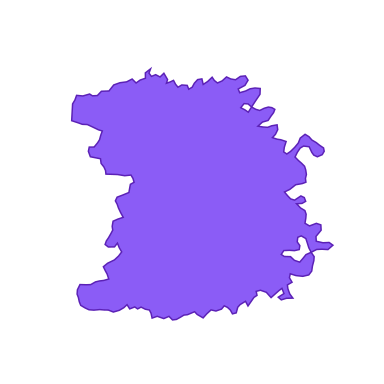 outline of Ajuricaba, Rio Grande do Sul, Brazil, rotated 254°
{"feature_id": "56859067B1227698309076", "entity_name": "Ajuricaba", "entity_type": "district", "adm_level": 2, "iso_a3": "BRA", "parent_name": "Brazil", "parent_adm1": "Rio Grande do Sul", "projection": "robinson", "projection_center": [-53.739, -28.208], "detail": "fine", "context": "isolated", "style": "filled", "palette": "violet", "viewbox_px": 384, "rotation_deg": 254, "n_neighbors": 0, "source": "geoboundaries", "source_scale": "gbopen_adm2", "svg_char_len": 3711}
<svg xmlns="http://www.w3.org/2000/svg" viewBox="0 0 384 384"><g transform="rotate(254 192 192)"><path d="M316.7,107.7L312.7,104.8L309.6,101.5L293.7,96.0L289.7,101.9L287.3,105.2L285.7,110.0L282.4,113.8L277.5,119.3L275.4,122.6L271.8,120.0L267.7,117.5L265.3,114.8L262.2,110.3L263.5,105.6L259.7,103.6L253.9,104.0L251.5,108.7L249.2,113.2L244.5,112.5L240.4,114.2L236.5,114.8L232.9,114.2L231.2,119.5L229.3,125.3L226.2,131.8L225.1,138.0L221.3,139.0L217.3,139.0L216.4,134.9L212.8,133.1L208.9,131.2L208.1,123.9L207.7,118.6L204.6,115.9L200.9,116.7L196.9,116.9L192.0,117.7L186.6,118.9L186.4,113.4L185.7,108.1L181.0,105.8L177.2,105.3L174.4,102.6L171.0,99.1L168.6,96.2L165.5,94.0L162.2,96.4L160.6,102.4L163.4,106.2L158.5,106.7L153.8,107.9L150.7,103.8L148.1,98.7L146.8,91.2L144.6,86.2L140.0,87.0L136.5,87.8L131.3,88.0L131.3,82.9L132.0,78.5L132.2,74.5L130.9,69.1L132.0,64.7L133.9,58.8L129.6,54.9L125.5,53.4L121.9,53.7L117.5,53.4L113.7,53.8L110.0,57.3L107.2,60.5L105.5,65.1L104.4,70.9L102.8,75.1L101.6,79.0L98.3,83.3L98.3,89.5L99.6,94.6L101.6,98.5L96.8,99.9L97.3,105.3L94.6,107.5L95.4,111.3L92.2,114.8L90.3,118.5L86.8,119.2L81.8,118.9L82.1,124.3L78.1,130.0L78.8,135.6L74.4,138.0L73.8,141.9L74.7,145.8L75.9,150.3L75.3,153.9L76.2,161.5L72.9,163.2L67.9,168.0L70.8,172.6L73.4,177.8L71.0,182.2L71.3,188.1L73.7,191.6L71.3,194.3L68.0,196.3L63.7,197.3L63.6,201.2L68.6,204.2L70.5,207.2L72.2,213.3L67.0,214.4L73.6,222.5L74.7,226.0L78.8,226.3L78.7,230.7L75.1,235.8L68.7,238.9L73.2,248.3L74.6,251.9L69.0,252.4L67.1,245.9L63.7,248.1L63.8,253.4L62.2,259.7L67.0,257.9L72.6,257.5L76.4,258.1L77.7,263.3L82.7,262.0L86.3,263.9L83.0,268.9L80.4,275.3L80.1,281.4L83.0,285.3L87.7,287.4L92.4,290.2L96.2,291.6L101.2,289.9L102.4,296.0L101.2,301.1L99.2,306.8L102.0,312.8L105.7,309.9L107.1,303.9L110.4,297.9L115.1,298.9L117.7,302.7L119.7,305.6L124.9,306.8L127.6,302.9L127.0,295.6L130.8,292.0L135.5,294.2L139.2,295.6L143.0,295.4L146.8,291.9L151.9,289.3L150.7,294.6L151.7,298.7L155.7,298.4L158.2,295.6L155.9,288.4L158.2,284.9L162.0,282.9L166.5,280.9L167.6,286.9L170.4,293.7L169.7,300.3L170.0,304.2L173.8,304.8L177.3,306.8L181.9,307.4L185.7,307.3L189.5,305.2L192.9,303.0L197.2,300.7L201.1,304.2L204.4,308.1L205.4,311.9L203.2,317.1L197.0,318.1L193.9,319.2L191.3,322.2L192.0,327.5L194.7,330.3L198.1,330.6L201.8,327.5L205.2,325.1L208.9,321.6L212.9,319.7L216.3,316.6L214.0,310.9L209.8,307.7L206.6,303.0L203.8,297.8L202.4,293.6L205.3,291.2L209.6,293.1L214.6,296.4L217.8,291.7L219.3,288.4L222.1,284.3L224.4,288.1L228.3,291.6L233.1,292.3L233.7,286.8L233.3,282.6L234.9,278.2L237.1,273.5L239.8,279.0L239.8,284.9L242.9,288.5L245.8,292.3L248.6,294.4L251.1,292.0L252.6,288.8L252.6,284.5L251.7,279.6L253.9,276.1L257.3,272.7L261.9,278.0L267.2,284.3L272.7,286.1L274.6,281.2L275.2,276.3L274.3,271.4L274.3,265.2L278.3,264.8L279.9,272.3L284.0,276.7L288.9,275.3L289.8,270.4L287.9,264.8L290.0,260.4L293.1,256.9L290.5,251.6L289.8,246.5L293.1,244.2L296.8,243.0L293.9,237.5L292.3,232.4L298.0,232.7L298.5,228.4L295.9,224.2L292.7,221.1L291.7,217.2L295.8,216.8L297.7,211.7L296.6,207.4L300.1,205.9L304.4,205.0L303.8,201.2L303.6,197.4L306.8,199.5L313.9,197.7L311.4,193.0L314.8,189.4L314.3,184.9L318.1,183.4L321.8,186.1L319.4,180.0L314.2,178.6L313.9,173.0L312.2,168.3L317.1,165.6L315.9,159.5L316.9,152.9L316.5,146.3L312.0,140.0L313.8,132.7L310.8,127.6L311.9,122.8L314.4,120.6L314.4,113.6L316.7,107.7ZM101.2,289.9L100.4,284.3L97.5,280.2L94.9,276.2L98.1,271.6L102.7,268.9L104.6,262.9L107.4,260.6L110.4,264.1L109.1,269.6L107.4,274.3L107.1,279.2L110.7,280.9L115.1,279.4L119.3,281.2L119.7,284.9L115.9,288.6L111.1,288.8L106.2,288.9L101.2,289.9ZM257.3,272.7L253.2,268.1L256.4,265.5L259.6,262.1L262.6,266.4L261.2,270.2L257.3,272.7Z" fill="#8b5cf6" stroke="#5b21b6" stroke-width="1.5"/></g></svg>